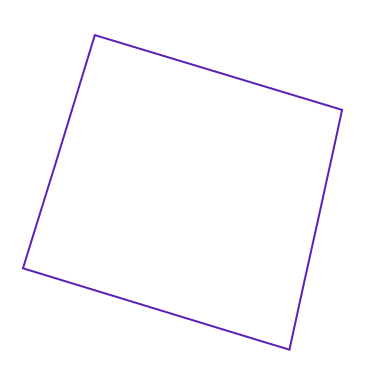 the district of Jones, Mississippi, United States of America, rotated 107°
{"feature_id": "52423323B52993259514924", "entity_name": "Jones", "entity_type": "district", "adm_level": 2, "iso_a3": "USA", "parent_name": "United States of America", "parent_adm1": "Mississippi", "projection": "equal_earth", "projection_center": [-89.153, 31.629], "detail": "fine", "context": "isolated", "style": "outline", "palette": "violet", "viewbox_px": 384, "rotation_deg": 107, "n_neighbors": 0, "source": "geoboundaries", "source_scale": "gbopen_adm2", "svg_char_len": 335}
<svg xmlns="http://www.w3.org/2000/svg" viewBox="0 0 384 384"><g transform="rotate(107 192 192)"><path d="M314.3,52.7L241.5,58.7L239.7,58.8L178.1,63.6L142.6,66.5L114.8,68.7L69.6,72.5L70.4,330.8L113.0,330.8L124.1,330.8L205.9,330.8L277.0,331.2L314.4,331.3L314.4,81.5L314.3,52.7Z" fill="none" stroke="#5b21b6" stroke-width="2"/></g></svg>